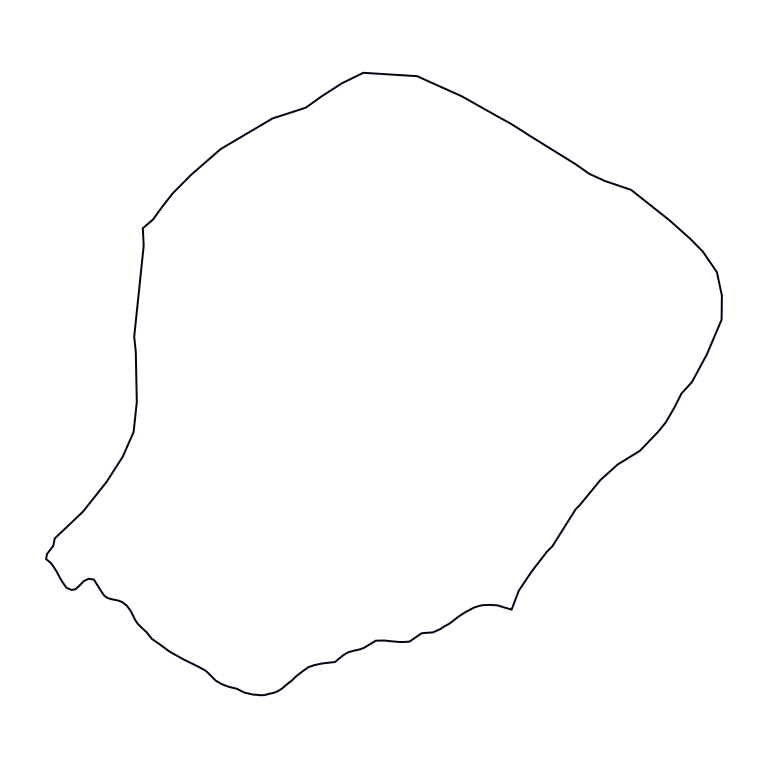 Esquipulas Palo Gordo, San Marcos, Guatemala
{"feature_id": "79465075B77634541568433", "entity_name": "Esquipulas Palo Gordo", "entity_type": "district", "adm_level": 2, "iso_a3": "GTM", "parent_name": "Guatemala", "parent_adm1": "San Marcos", "projection": "mercator", "projection_center": [-91.852, 14.925], "detail": "fine", "context": "isolated", "style": "outline", "palette": "ink", "viewbox_px": 768, "rotation_deg": 0, "n_neighbors": 0, "source": "geoboundaries", "source_scale": "gbopen_adm2", "svg_char_len": 1807}
<svg xmlns="http://www.w3.org/2000/svg" viewBox="0 0 768 768"><path d="M511.6,609.6L518.8,590.7L531.7,571.4L547.1,551.5L552.5,546.1L575.7,509.2L579.6,505.3L600.5,479.9L617.8,464.4L639.9,450.8L658.2,431.7L665.6,422.6L674.2,407.9L681.4,393.6L692.0,382.0L707.0,354.1L721.6,319.7L721.9,295.7L716.9,272.2L702.9,251.7L690.0,238.6L669.1,220.0L631.1,189.9L604.9,181.0L589.2,173.8L575.6,164.2L544.9,145.2L529.3,135.5L520.8,130.0L509.7,123.1L498.0,116.7L461.6,96.2L430.8,82.4L417.2,76.2L363.2,72.8L341.7,83.4L321.4,96.5L305.7,107.7L272.4,118.5L220.6,149.1L190.9,175.0L172.5,193.6L161.6,207.6L153.0,219.5L142.8,228.3L143.7,245.7L134.2,336.8L135.8,352.0L136.8,402.2L133.6,432.0L122.8,456.6L106.5,482.0L83.1,511.5L54.7,538.5L53.3,545.8L47.0,554.0L46.1,559.1L51.4,563.5L56.5,571.3L59.9,577.8L62.2,581.7L66.4,587.7L71.5,589.9L75.4,589.3L79.5,585.6L83.8,581.1L88.6,578.8L93.9,579.6L96.6,583.9L99.0,587.6L101.2,591.3L104.2,595.6L107.5,598.0L112.0,599.3L118.9,600.7L122.5,602.3L126.8,605.7L130.7,610.9L132.5,614.6L135.1,619.8L137.8,623.9L142.3,628.3L146.5,632.1L152.0,639.0L158.6,643.5L169.4,651.5L184.4,659.9L198.2,666.6L205.7,670.7L211.1,675.9L215.8,680.7L221.9,684.2L228.7,686.8L236.7,688.7L244.4,692.6L252.7,694.5L260.7,695.2L264.7,695.1L268.9,693.9L274.5,692.6L278.3,690.9L281.8,688.7L287.8,683.6L291.8,680.6L295.9,676.5L302.2,671.6L308.3,667.2L314.4,665.1L322.6,663.4L335.1,662.0L338.8,658.8L343.4,655.1L348.4,652.2L353.9,650.7L359.7,649.4L364.1,647.8L370.8,643.7L375.8,640.7L384.2,640.5L389.4,641.1L399.8,642.0L403.8,642.0L409.5,641.6L417.3,636.2L421.8,633.2L427.2,632.8L432.9,632.4L440.4,629.0L444.0,626.6L449.5,623.6L453.7,620.4L457.8,617.1L462.5,614.0L465.9,611.9L474.2,607.5L479.5,605.8L483.4,605.1L489.4,604.9L497.0,605.3L500.8,606.4L505.7,607.9L511.6,609.6Z" fill="none" stroke="#020617" stroke-width="2"/></svg>